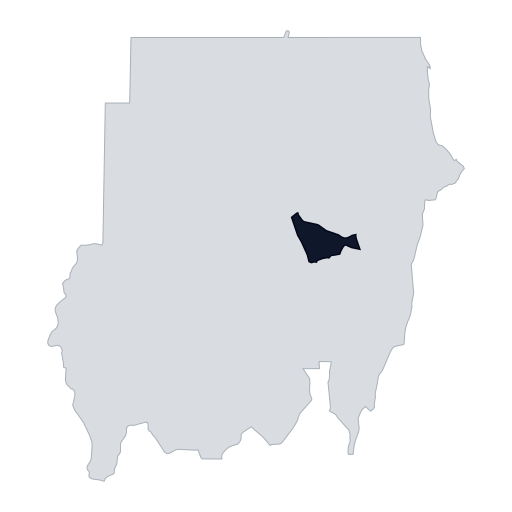 Sudan, with Khartoum highlighted
{"feature_id": "SDN-874", "entity_name": "Khartoum", "entity_type": "Region", "adm_level": 1, "iso_a3": "SDN", "parent_name": "Sudan", "parent_adm1": "", "projection": "equal_earth", "projection_center": [32.98, 15.925], "detail": "fine", "context": "in_parent", "style": "filled", "palette": "ink", "viewbox_px": 512, "rotation_deg": 0, "n_neighbors": 0, "source": "natural_earth", "source_scale": "10m", "svg_char_len": 4420}
<svg xmlns="http://www.w3.org/2000/svg" viewBox="0 0 512 512"><path d="M353.2,454.4L348.5,454.4L348.0,452.9L348.1,448.8L348.6,445.8L350.3,440.9L349.9,438.2L350.1,434.4L348.9,430.1L337.7,417.7L335.5,414.3L329.4,411.1L330.5,407.6L328.0,382.2L329.2,379.3L329.6,374.8L329.5,370.9L331.0,364.4L331.1,361.7L319.2,361.5L319.1,364.3L319.6,367.4L319.6,368.6L303.0,368.7L309.7,378.7L309.9,383.1L309.6,388.5L309.7,392.0L310.0,394.3L311.8,398.7L311.7,399.6L311.3,400.6L299.5,413.9L297.5,420.1L295.9,423.3L292.5,428.8L281.7,443.0L279.9,444.0L271.7,444.5L270.9,444.8L270.3,445.5L270.0,445.3L262.9,437.0L251.2,426.9L243.3,432.1L241.2,434.1L241.1,438.9L240.0,441.4L237.8,444.1L232.1,445.8L229.0,447.2L225.5,449.9L221.9,454.5L221.7,456.9L222.0,459.0L202.1,458.9L200.8,457.2L197.9,449.7L195.9,450.2L177.7,449.3L175.1,450.1L169.9,453.1L167.3,453.7L164.6,452.2L155.1,437.4L153.1,435.6L151.0,432.1L148.9,430.6L148.2,429.4L148.0,427.8L148.1,424.6L147.5,422.6L146.0,422.1L133.1,425.5L131.3,425.1L128.6,425.7L127.6,426.4L126.5,428.3L126.3,432.4L126.0,434.4L125.0,436.6L121.3,441.7L120.4,443.9L120.6,449.4L120.3,452.2L119.7,453.5L118.1,455.6L117.5,456.9L116.8,463.9L114.8,468.2L114.3,469.8L114.2,472.9L113.8,473.8L108.0,476.3L105.8,477.8L104.5,480.2L104.1,481.3L101.6,480.4L98.5,479.8L92.4,479.0L90.0,477.9L88.9,476.2L89.3,471.9L88.7,471.0L87.7,470.2L87.1,468.4L87.2,466.1L90.5,461.1L91.2,458.5L92.1,446.0L91.9,442.2L89.5,435.2L83.8,423.2L82.4,420.8L75.2,410.9L74.4,409.5L72.7,405.3L74.7,396.1L74.9,393.6L74.4,391.0L72.6,389.0L70.9,388.8L68.8,386.3L67.4,385.2L66.2,383.1L65.4,380.1L66.1,369.3L65.7,367.9L63.9,367.5L63.5,366.7L63.6,364.6L62.7,358.5L61.6,353.4L62.3,350.6L60.8,346.8L57.8,345.2L52.0,346.4L50.2,346.2L49.0,345.5L48.1,344.1L47.7,342.4L48.1,339.9L49.9,335.4L52.0,331.6L56.2,328.2L57.3,326.4L58.0,324.4L58.2,322.0L57.9,319.6L57.5,317.4L56.3,314.4L55.2,311.0L55.2,308.6L55.8,306.9L56.9,304.9L61.1,301.0L65.4,297.7L66.2,296.5L65.9,295.1L64.0,292.4L63.5,287.2L62.5,283.5L64.7,280.8L66.3,279.8L68.8,278.9L69.8,277.8L70.1,275.6L70.0,273.5L71.0,271.9L72.2,268.6L73.2,267.0L76.5,263.1L77.3,260.6L77.5,258.1L76.7,250.7L78.7,247.7L81.1,245.1L84.5,245.3L89.8,244.7L93.5,243.7L96.0,243.7L101.9,245.1L102.5,244.5L102.9,242.5L105.3,103.0L129.4,103.0L129.7,102.8L131.0,37.5L282.6,37.5L283.8,37.3L286.2,31.2L287.2,30.7L288.8,31.1L289.3,32.5L288.1,37.5L420.4,37.4L420.7,44.9L421.9,50.8L425.7,59.4L428.9,63.9L430.1,66.5L430.2,67.7L430.1,68.7L429.1,67.5L427.5,66.6L427.3,70.6L428.1,78.8L429.5,84.6L428.6,89.9L428.8,98.9L430.6,109.7L430.3,116.6L433.3,132.8L436.0,141.7L437.5,143.9L439.2,145.1L442.4,145.9L447.2,150.4L451.0,155.3L452.3,157.8L454.2,160.6L455.4,160.1L456.2,159.3L457.4,161.6L463.4,166.4L464.3,168.7L462.2,170.9L459.8,174.7L458.6,178.2L458.0,179.3L456.0,181.5L455.7,182.6L454.8,183.3L453.9,183.3L451.9,184.5L450.1,184.1L448.2,184.8L447.6,185.6L446.1,186.4L444.1,186.8L441.0,189.8L438.4,191.2L437.4,192.4L436.1,198.4L435.1,199.9L431.1,200.1L429.1,200.6L426.4,199.9L425.1,200.0L424.8,201.3L424.4,206.4L424.5,208.6L422.3,214.4L423.0,225.3L420.9,233.5L420.6,235.4L418.4,241.9L417.3,244.3L414.6,256.4L413.5,260.2L411.2,264.1L413.7,293.3L411.8,302.3L411.9,307.2L410.5,314.4L409.4,317.8L407.6,321.8L406.1,326.3L404.9,332.3L404.1,343.6L403.6,344.6L396.5,346.0L394.2,346.8L392.7,348.0L390.9,350.9L387.3,358.9L385.4,363.7L382.4,370.4L378.9,375.1L378.2,377.4L377.6,381.7L376.3,388.5L375.2,393.3L375.4,397.1L374.3,403.9L374.5,407.1L373.2,409.0L371.6,410.7L370.5,411.1L365.5,406.6L362.0,409.7L359.8,414.1L358.1,418.5L359.1,427.8L359.0,429.8L358.5,432.1L355.2,441.2L354.2,445.4L353.2,452.7L353.2,454.4Z" fill="#d9dde1" stroke="#a8b0b8" stroke-width="1"/><path d="M339.7,254.1L333.7,255.2L332.8,255.2L331.7,255.3L331.1,255.7L330.6,256.0L329.6,257.1L329.3,257.5L329.1,257.7L328.9,257.9L328.7,257.9L327.3,257.6L327.2,257.6L322.8,258.4L317.4,260.4L317.1,260.6L316.9,260.9L316.7,261.7L316.6,262.1L313.8,261.9L312.9,262.1L312.5,262.3L311.8,262.6L311.5,262.6L311.2,262.6L309.4,261.8L309.0,261.5L307.6,255.8L306.9,253.8L301.5,241.9L297.7,235.3L291.6,217.3L296.8,213.2L297.8,212.9L298.2,214.4L298.6,215.3L301.9,219.9L303.0,221.1L304.3,221.8L317.3,224.6L318.5,225.1L326.3,230.7L338.5,234.9L341.6,237.1L343.7,237.9L344.7,238.1L346.3,238.0L348.0,237.6L351.2,236.0L352.1,235.4L355.8,234.6L355.8,236.5L356.5,239.5L359.9,249.3L351.4,247.5L345.9,245.0L345.2,245.0L344.2,245.6L343.0,247.0L340.9,250.9L339.7,254.1Z" fill="#0f172a" stroke="#020617" stroke-width="1.5"/></svg>